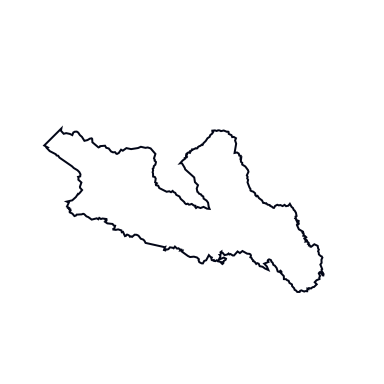 outline of Hueytamalco, Puebla, Mexico, rotated 294°
{"feature_id": "50627088B70242427867447", "entity_name": "Hueytamalco", "entity_type": "district", "adm_level": 2, "iso_a3": "MEX", "parent_name": "Mexico", "parent_adm1": "Puebla", "projection": "natural_earth1", "projection_center": [-97.308, 20.034], "detail": "fine", "context": "isolated", "style": "outline", "palette": "ink", "viewbox_px": 384, "rotation_deg": 294, "n_neighbors": 0, "source": "geoboundaries", "source_scale": "gbopen_adm2", "svg_char_len": 6101}
<svg xmlns="http://www.w3.org/2000/svg" viewBox="0 0 384 384"><g transform="rotate(294 192 192)"><path d="M196.9,46.8L174.4,38.1L174.0,42.0L173.2,41.3L171.5,45.4L171.1,52.2L170.3,53.4L170.7,55.0L169.5,56.9L166.7,71.8L165.8,74.3L165.3,78.5L164.4,80.9L162.8,82.9L160.8,83.5L159.5,81.8L158.9,82.5L157.0,83.2L155.7,87.1L151.1,87.5L150.3,88.1L149.1,90.8L145.7,89.9L143.7,89.1L143.8,88.6L140.2,88.0L135.7,86.0L132.3,81.5L132.2,83.8L127.8,83.7L127.5,85.9L126.9,85.6L126.7,87.6L126.0,87.2L125.5,88.6L124.4,88.2L123.7,88.6L123.6,91.5L122.2,94.4L123.2,95.5L124.4,95.8L126.7,100.3L127.8,101.4L127.9,102.6L126.8,105.5L126.9,107.4L126.0,111.6L129.2,115.7L129.0,117.5L130.6,117.8L130.3,119.8L131.4,121.1L132.4,124.4L131.5,124.3L131.6,125.4L130.9,125.5L129.4,124.7L128.9,127.4L130.5,132.4L129.6,134.1L129.9,135.5L127.1,135.9L126.3,135.1L125.7,135.4L126.4,137.8L127.8,139.7L128.2,143.1L126.7,144.2L127.5,145.2L124.4,148.7L125.1,149.5L126.4,149.7L126.8,150.5L126.6,152.6L125.9,153.6L126.7,154.3L126.6,155.5L129.7,157.0L130.4,158.9L130.3,160.9L128.5,164.2L128.7,166.8L128.2,168.2L126.6,170.3L130.5,189.6L129.7,189.3L130.3,189.7L127.6,190.0L127.8,191.4L129.0,191.3L129.3,192.6L130.2,193.7L132.5,194.4L133.2,197.0L133.1,198.1L135.2,198.6L134.2,201.4L135.1,202.6L134.6,204.0L134.9,205.3L133.7,205.1L134.7,207.2L133.4,207.2L131.9,214.3L131.8,216.7L133.7,220.0L134.2,223.2L133.4,225.6L132.3,225.8L130.9,227.2L130.7,229.7L131.2,231.0L134.0,231.2L135.4,232.7L141.2,233.1L140.2,235.4L140.2,236.7L139.3,236.6L137.9,237.7L137.9,238.5L138.7,239.6L138.0,240.1L138.3,241.4L139.7,242.4L139.2,243.7L139.7,246.1L138.6,249.0L139.5,249.5L140.3,248.7L140.4,249.3L141.9,249.1L143.8,250.3L144.9,250.2L145.0,247.7L141.1,244.0L144.2,244.2L145.3,243.9L145.8,243.0L146.0,243.4L147.6,243.4L148.2,243.4L148.6,242.6L149.5,243.1L148.8,243.4L148.9,244.7L147.6,247.4L149.2,249.6L150.7,250.4L150.1,251.5L151.0,252.4L150.6,255.0L151.1,256.2L156.2,257.8L155.7,260.6L158.6,262.1L158.1,267.4L158.9,269.8L158.7,270.9L157.9,271.7L156.1,271.9L156.1,273.0L154.9,274.4L154.4,275.9L153.7,276.0L153.7,277.7L152.4,279.9L153.5,280.5L153.6,282.1L151.8,284.0L152.4,286.9L151.8,289.8L151.8,293.5L154.4,290.7L155.9,287.1L159.2,290.3L160.2,289.1L161.0,289.2L161.8,289.8L161.9,290.9L161.8,292.0L160.7,292.8L160.2,294.4L158.5,296.0L158.4,297.6L157.0,300.2L154.3,302.6L154.4,303.9L156.1,304.9L155.6,306.1L154.6,306.5L154.2,306.0L152.5,310.1L149.8,311.4L150.6,313.5L150.1,314.7L150.2,316.4L148.6,318.0L148.2,320.9L146.7,321.8L145.6,324.5L144.4,325.5L144.3,327.1L143.5,328.8L144.5,331.0L145.7,331.0L146.6,331.9L146.7,335.0L147.5,335.7L148.2,337.6L150.7,336.7L150.7,338.1L151.8,338.0L152.3,340.0L154.0,340.8L154.9,342.1L158.4,343.5L159.5,340.8L162.1,341.7L164.4,343.9L165.6,343.1L167.4,343.1L169.3,340.9L170.5,341.2L170.9,341.5L170.5,342.2L171.0,342.6L169.0,345.2L169.2,345.9L170.5,345.6L170.6,344.8L171.3,344.6L172.4,342.8L173.7,342.0L174.5,342.3L177.9,338.8L180.0,339.2L182.8,337.8L185.1,337.8L185.9,336.7L185.8,335.7L186.6,333.3L188.4,332.3L189.1,331.3L191.0,331.3L191.6,330.3L193.9,328.7L194.0,325.0L190.5,323.2L190.2,322.4L191.0,321.5L190.7,320.6L191.7,320.3L191.7,319.2L192.9,319.3L193.6,317.6L192.9,316.0L193.5,316.1L194.0,317.1L194.5,316.8L194.7,316.0L194.2,315.1L194.9,314.4L195.4,312.7L195.5,314.2L197.1,314.8L197.7,313.1L197.3,311.5L199.0,311.3L199.7,309.6L200.4,310.0L200.9,309.6L201.4,304.8L204.6,301.2L205.8,301.3L205.8,302.3L206.4,302.5L207.4,301.6L207.3,300.3L207.6,299.9L208.1,300.1L208.9,302.1L208.9,298.4L209.7,298.1L209.9,297.0L211.0,297.2L211.7,296.6L212.6,297.3L215.3,295.4L216.8,293.3L217.0,292.2L218.4,290.8L218.9,289.0L221.0,286.2L218.7,285.6L217.3,283.7L217.9,281.8L216.0,280.5L216.0,278.0L215.1,276.8L215.0,275.1L213.1,273.6L210.9,273.4L210.6,272.7L211.2,270.4L211.0,269.3L211.7,268.3L211.2,266.1L211.9,264.4L211.4,263.9L211.5,262.6L211.0,261.5L212.8,259.4L213.6,255.8L215.1,253.5L215.1,252.9L214.3,252.5L214.9,251.1L216.5,250.2L217.2,247.9L217.0,245.6L217.2,244.8L218.6,244.1L219.4,242.8L223.4,238.8L225.9,238.3L227.0,236.8L228.4,236.7L229.5,235.3L233.4,235.4L234.8,234.2L237.0,230.3L237.5,226.7L239.1,226.0L239.3,224.8L240.2,224.0L243.1,223.1L242.5,222.7L244.9,221.8L244.5,220.4L246.1,219.1L246.4,217.0L245.0,215.0L254.1,212.7L256.6,210.4L259.0,210.3L259.3,207.7L258.5,206.4L260.0,204.9L260.0,202.0L261.7,201.0L261.8,200.3L261.2,199.4L261.1,196.0L259.4,193.7L259.5,192.3L259.0,190.8L257.8,189.7L257.6,187.9L256.3,185.6L255.4,186.1L255.3,186.9L253.6,186.7L251.3,185.5L249.6,185.7L247.4,184.3L244.2,183.8L241.2,182.6L239.3,182.5L239.3,181.7L237.6,180.9L236.8,180.0L235.3,179.1L234.1,179.1L233.4,178.0L233.5,177.6L231.5,175.9L231.0,174.8L230.3,175.1L229.7,174.5L228.5,174.3L228.4,173.7L226.9,174.1L226.7,172.6L225.7,172.0L224.9,172.1L225.3,170.9L224.1,172.1L223.5,172.1L223.2,171.6L222.2,172.0L222.0,173.1L221.6,173.1L220.1,171.6L219.6,172.1L216.9,170.6L213.4,169.5L214.1,170.5L213.9,171.5L211.1,175.5L209.9,176.6L206.2,188.1L202.2,190.7L200.7,194.7L197.1,194.9L194.4,196.8L194.2,197.9L193.4,198.9L193.4,201.5L192.7,202.1L192.5,204.1L190.7,205.3L190.1,208.7L188.8,211.0L185.4,213.2L183.7,214.9L182.9,212.5L183.1,208.6L180.8,206.3L180.6,203.1L179.0,202.2L179.6,201.1L180.8,200.7L180.4,199.1L181.0,196.6L179.6,195.1L179.2,194.2L179.6,192.9L178.5,191.6L178.9,190.0L179.8,188.7L181.1,184.5L182.8,182.4L183.0,178.8L184.4,177.1L184.5,175.0L185.1,173.9L183.3,172.9L183.4,170.9L181.9,168.7L182.3,160.5L184.0,158.6L183.6,156.4L184.2,155.9L185.7,156.3L185.8,154.4L189.5,153.4L190.6,151.9L190.3,150.2L193.2,148.8L194.0,148.0L195.9,147.7L197.2,146.7L198.2,147.1L200.2,146.6L202.0,147.4L204.3,147.0L204.9,146.7L205.4,145.1L206.3,144.9L207.2,143.6L211.9,143.1L215.0,136.5L214.7,133.5L213.4,131.5L212.5,126.9L210.2,124.8L206.4,118.9L205.4,114.2L201.6,112.0L201.8,110.0L197.8,109.2L196.3,108.0L196.2,107.3L197.1,105.5L196.1,103.7L196.1,101.6L197.9,98.2L197.5,95.7L198.9,93.7L196.5,89.4L195.5,89.3L194.7,88.4L196.9,80.8L199.9,79.2L200.2,78.5L199.2,77.0L196.9,75.4L195.0,72.9L197.6,69.0L198.4,66.4L200.0,63.9L200.3,62.2L199.5,60.5L198.1,59.4L195.3,59.5L195.4,56.9L194.6,53.1L193.0,51.1L194.7,47.3L196.9,46.8Z" fill="none" stroke="#020617" stroke-width="2"/></g></svg>